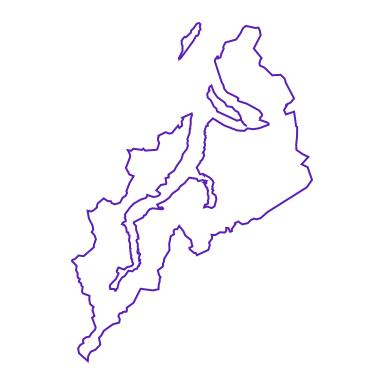 the district of Kvæfjord nor, Troms, Norway
{"feature_id": "86288312B34366506977107", "entity_name": "Kvæfjord nor", "entity_type": "district", "adm_level": 2, "iso_a3": "NOR", "parent_name": "Norway", "parent_adm1": "Troms", "projection": "albers", "projection_center": [15.952, 68.656], "detail": "fine", "context": "isolated", "style": "outline", "palette": "violet", "viewbox_px": 384, "rotation_deg": 0, "n_neighbors": 0, "source": "geoboundaries", "source_scale": "gbopen_adm2", "svg_char_len": 5998}
<svg xmlns="http://www.w3.org/2000/svg" viewBox="0 0 384 384"><path d="M267.6,212.0L306.8,187.3L312.0,179.9L307.6,167.1L301.6,164.3L308.4,156.9L302.5,154.1L296.4,149.8L296.2,144.4L297.0,137.2L297.2,127.1L296.1,126.2L294.1,111.7L286.0,114.4L284.0,110.1L286.2,106.5L285.8,106.7L286.3,104.6L290.7,102.5L294.1,98.5L285.9,83.0L284.7,78.8L283.1,77.1L280.6,74.8L272.3,75.3L264.5,67.7L259.8,65.5L259.5,63.0L260.4,59.7L261.6,58.2L253.8,48.5L260.6,35.3L259.9,30.9L258.5,27.6L255.6,28.0L245.8,25.9L242.9,28.4L240.5,33.3L236.2,39.5L225.5,42.5L223.6,45.9L223.3,47.6L223.7,48.6L221.3,53.9L220.5,57.3L217.4,58.6L216.9,57.9L217.7,56.5L217.2,56.5L216.5,58.1L215.4,58.8L214.8,61.1L221.6,82.0L223.5,85.5L224.2,88.7L227.0,92.3L237.5,97.5L238.0,98.1L237.7,98.4L237.8,98.8L238.3,98.8L237.9,100.5L238.3,101.0L246.8,103.7L259.2,110.5L262.1,114.3L261.8,115.9L260.0,117.9L260.3,119.7L260.0,120.0L267.1,122.4L268.6,123.5L268.6,124.7L259.3,128.2L253.5,129.2L247.3,128.4L244.6,130.8L242.3,130.8L237.2,130.4L224.4,125.5L212.9,118.4L207.8,123.4L207.5,124.2L207.9,125.7L206.2,126.1L204.5,130.9L205.1,132.3L204.6,132.5L204.5,134.2L205.6,135.7L205.4,136.3L205.8,137.8L205.0,139.0L205.3,139.2L204.3,142.5L205.0,144.1L204.9,146.1L203.9,147.7L204.9,149.1L203.1,152.4L203.5,152.3L204.2,155.5L202.3,159.7L200.5,161.0L200.4,162.2L196.7,167.5L200.0,174.3L202.6,174.1L203.8,175.2L203.7,174.3L209.4,177.4L212.2,179.9L213.6,182.8L212.3,186.4L212.8,188.1L212.1,189.1L213.3,190.4L212.4,191.8L212.4,193.2L215.6,195.5L216.4,198.9L214.5,206.3L211.7,208.1L207.2,206.5L204.1,207.4L204.8,204.9L208.0,203.6L208.2,202.3L207.8,200.7L208.4,199.2L208.5,196.0L207.8,195.1L207.7,192.2L208.1,190.4L207.5,190.0L207.2,187.8L206.0,187.0L204.6,184.0L206.2,183.4L206.3,182.6L204.0,182.3L206.2,180.9L202.7,180.1L198.2,181.1L196.7,178.8L189.2,177.7L184.3,183.4L180.2,186.3L178.6,189.1L172.0,193.9L169.7,197.3L164.9,201.0L157.2,204.5L158.7,207.5L162.3,207.4L163.2,208.5L162.5,209.3L152.6,208.3L149.9,209.2L147.9,211.2L145.8,214.8L143.9,215.5L143.3,217.3L133.9,222.2L133.8,223.5L136.0,226.0L136.2,230.1L138.4,236.1L137.7,236.5L138.6,238.6L137.0,239.5L136.4,241.0L137.8,243.9L137.8,248.2L138.4,249.1L137.9,249.5L138.3,250.5L137.4,251.1L137.6,253.1L138.3,253.7L139.1,252.8L140.2,254.3L138.9,257.3L138.9,258.6L139.4,259.0L139.2,260.4L139.9,260.3L139.4,261.3L140.3,262.4L140.3,263.5L139.2,264.1L139.2,265.8L138.0,266.3L137.1,268.6L134.5,269.3L132.3,271.3L128.4,270.8L124.7,276.1L122.2,277.3L118.8,282.4L117.4,288.5L115.9,289.3L116.0,290.4L115.6,291.1L115.8,290.4L115.2,290.7L113.9,288.9L110.2,289.0L110.2,287.6L109.7,286.7L110.4,284.6L115.8,279.1L118.3,274.4L118.5,273.2L117.1,272.4L116.7,271.0L118.5,267.5L124.2,269.6L127.0,267.2L131.5,266.1L133.0,264.4L133.1,263.1L132.2,261.9L132.1,259.3L131.1,258.3L131.1,256.5L131.5,255.9L130.7,254.2L130.3,249.4L130.6,248.6L130.0,247.9L130.1,243.2L129.0,240.8L129.6,235.8L128.2,233.6L128.3,232.5L126.7,231.9L126.2,228.0L124.6,225.2L122.0,224.2L122.8,222.7L125.7,221.2L125.8,220.2L124.8,217.5L125.4,216.8L124.9,214.5L129.9,207.6L133.7,203.7L140.4,199.7L145.9,197.9L147.2,196.1L147.2,194.9L153.4,197.0L157.8,196.2L159.7,194.8L160.2,193.4L156.3,190.3L160.9,184.9L166.0,184.1L166.3,182.8L165.5,178.2L168.6,177.5L168.8,176.5L168.4,176.5L168.4,175.0L168.8,174.4L174.3,170.5L176.5,166.2L181.4,159.4L182.9,154.1L187.0,148.8L187.9,145.5L187.3,143.4L187.9,140.6L187.3,139.2L189.6,133.1L189.8,128.9L190.3,128.7L190.2,126.3L190.7,124.6L190.7,118.9L192.1,114.8L191.7,113.5L182.1,117.8L183.2,118.8L181.6,121.8L182.1,125.6L179.3,128.0L178.1,125.5L171.9,133.1L169.3,133.6L165.7,132.2L158.5,135.7L158.7,137.0L158.0,137.7L158.1,140.6L159.2,142.8L157.5,148.7L156.5,149.8L145.2,150.6L143.2,148.6L141.9,149.9L133.4,148.8L131.1,150.8L127.8,150.2L129.7,153.8L130.3,156.5L125.9,167.9L129.5,174.6L133.6,176.1L129.5,183.1L126.4,191.3L127.1,192.7L125.8,195.7L122.7,197.7L120.0,202.7L115.0,204.3L111.8,203.2L110.8,201.2L107.7,201.1L103.7,198.4L97.8,203.4L96.9,205.8L97.0,207.4L93.3,210.5L90.7,211.5L87.6,210.8L88.9,218.4L92.5,225.5L93.2,229.5L91.7,232.2L94.5,235.3L95.9,239.1L93.9,245.1L93.9,247.2L83.7,256.1L78.5,255.5L75.2,258.9L72.4,259.9L72.0,261.1L76.6,265.8L76.1,270.4L77.7,273.3L77.5,275.4L77.9,277.8L79.8,278.9L78.8,281.7L81.0,283.3L81.6,286.0L82.7,286.8L82.0,290.8L82.3,292.3L83.2,293.5L89.5,295.8L89.3,299.6L90.1,304.0L93.6,307.0L92.7,308.8L92.6,310.7L94.4,316.1L92.1,317.6L95.7,327.4L95.0,329.7L91.5,333.3L89.4,336.7L86.1,337.3L83.2,339.4L83.0,340.3L83.5,343.0L80.2,345.0L78.1,348.4L79.0,353.2L87.8,361.0L88.2,356.1L90.6,351.8L95.5,349.7L100.3,344.6L99.0,337.8L101.2,335.6L104.0,330.6L112.9,324.3L119.2,322.6L119.8,319.2L118.4,316.0L119.0,314.6L120.2,313.1L122.3,313.1L123.1,311.8L126.4,311.7L126.9,310.6L126.8,307.7L133.4,302.9L140.6,288.8L153.1,290.4L158.5,289.2L158.8,284.2L159.6,282.0L159.8,278.2L160.6,277.3L159.1,275.2L157.8,270.3L162.9,266.5L163.1,263.0L164.0,261.7L164.1,258.9L169.5,250.2L169.2,243.8L170.8,236.1L174.0,234.3L173.6,231.3L174.6,229.4L177.3,229.1L179.2,225.9L183.4,231.2L185.2,235.4L190.9,240.0L192.4,246.4L189.3,247.9L189.6,249.1L194.0,252.9L195.8,253.1L196.9,255.2L208.4,249.9L209.8,245.1L209.1,242.5L212.0,238.7L212.2,237.2L211.6,234.9L215.2,235.1L219.9,232.3L224.9,232.5L226.3,231.0L226.2,227.9L228.5,228.1L229.9,231.6L230.8,231.7L232.0,231.0L231.7,229.2L235.4,224.1L234.9,223.2L238.2,221.5L242.2,224.3L247.7,223.2L250.9,220.0L254.0,218.6L256.5,219.3L260.5,218.2L267.6,212.0ZM224.5,102.4L217.5,97.4L213.8,92.1L211.4,85.5L209.5,87.0L208.8,89.5L209.5,90.5L207.3,93.6L207.3,95.6L207.9,97.7L210.9,100.4L213.8,106.4L216.4,108.6L217.1,111.4L237.1,120.7L240.7,119.6L244.1,124.3L246.8,126.1L244.2,124.3L240.9,119.6L241.0,118.2L240.0,115.5L238.6,113.8L238.5,112.4L235.1,110.5L232.1,107.0L227.0,106.3L224.5,102.4ZM196.1,35.8L197.8,35.7L198.9,33.4L198.9,31.4L200.6,29.1L199.8,26.9L200.4,24.2L198.8,23.0L196.6,23.9L193.6,28.3L191.2,30.5L190.8,32.7L185.9,37.3L184.9,36.8L183.4,38.0L181.6,40.8L181.8,44.5L182.5,45.7L182.5,51.0L178.9,58.3L179.2,59.3L181.0,57.8L193.5,40.7L196.1,35.8Z" fill="none" stroke="#5b21b6" stroke-width="2"/></svg>